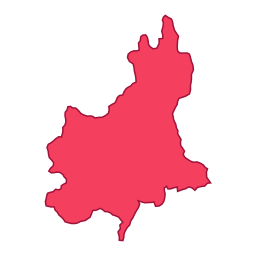 outline of Rio Pomba, Minas Gerais, Brazil
{"feature_id": "56859067B26609044330298", "entity_name": "Rio Pomba", "entity_type": "district", "adm_level": 2, "iso_a3": "BRA", "parent_name": "Brazil", "parent_adm1": "Minas Gerais", "projection": "robinson", "projection_center": [-43.171, -21.234], "detail": "fine", "context": "isolated", "style": "filled", "palette": "rose", "viewbox_px": 256, "rotation_deg": 0, "n_neighbors": 0, "source": "geoboundaries", "source_scale": "gbopen_adm2", "svg_char_len": 2900}
<svg xmlns="http://www.w3.org/2000/svg" viewBox="0 0 256 256"><path d="M162.4,20.1L163.4,22.6L163.0,26.6L161.7,31.1L162.8,35.1L162.7,38.5L159.0,38.8L159.2,43.3L156.8,48.2L153.1,48.8L150.4,46.9L148.7,44.9L148.1,40.9L147.4,37.5L145.7,34.9L142.8,35.1L140.8,36.7L140.2,40.8L138.5,43.0L138.8,46.0L139.2,50.1L136.5,50.9L133.6,50.9L130.6,52.1L128.2,54.1L127.5,57.6L129.5,61.5L133.1,63.8L134.0,67.5L134.4,71.2L135.2,74.2L135.9,78.4L136.1,82.1L132.7,83.6L130.6,86.1L127.8,87.4L125.9,89.0L124.1,91.6L122.8,95.0L119.4,95.5L117.2,97.7L116.2,100.7L114.6,103.2L112.3,104.2L108.8,106.5L109.2,110.0L108.4,113.2L105.8,115.4L102.1,117.3L98.4,117.4L94.8,118.0L92.8,116.4L90.5,116.0L87.0,116.1L83.9,115.0L81.0,113.6L78.4,110.5L75.8,108.1L72.5,107.9L70.5,106.4L67.9,106.7L67.0,110.0L65.2,112.3L65.0,115.7L65.6,118.8L65.9,121.8L65.0,125.0L62.8,127.4L62.9,130.7L62.4,133.7L61.4,137.0L58.8,136.7L55.8,138.7L53.5,140.9L51.2,142.7L48.3,144.3L47.0,147.4L48.2,151.2L48.5,154.1L49.3,157.6L51.8,160.3L53.7,162.7L53.2,165.8L50.4,168.4L48.8,171.2L51.5,172.9L54.9,172.5L57.5,172.1L60.2,172.5L62.9,174.6L64.4,177.2L66.4,179.1L66.3,182.9L63.6,184.2L61.4,185.7L60.9,188.9L58.7,189.8L55.6,189.3L53.2,191.7L50.0,192.4L47.5,193.3L46.7,196.0L46.1,199.0L45.4,201.7L46.1,205.8L50.8,206.9L54.1,206.9L55.2,210.2L57.4,212.3L59.0,215.1L61.2,216.9L63.3,219.0L65.1,221.8L68.1,222.7L71.5,223.5L75.1,223.5L77.7,222.9L80.6,221.4L85.3,220.5L87.8,218.7L89.9,217.4L91.1,214.9L92.7,210.5L95.9,210.3L98.2,209.3L100.4,208.4L102.8,209.8L104.8,211.5L107.7,211.8L110.5,212.9L112.7,214.9L115.6,215.8L118.8,217.2L120.8,219.9L122.8,222.2L119.8,225.1L120.4,228.7L118.0,231.9L119.3,236.5L119.3,240.3L122.9,240.6L123.8,237.4L123.9,234.6L124.9,231.6L127.1,227.7L129.6,225.0L130.9,220.7L132.8,217.9L134.3,214.7L136.2,211.1L138.4,207.6L139.7,203.9L138.2,200.8L141.3,201.8L144.4,202.7L148.0,202.6L151.4,202.4L153.9,202.0L155.6,206.3L159.3,205.9L162.0,204.1L163.9,201.2L164.8,197.3L165.1,193.9L164.5,191.2L164.2,188.2L166.6,186.3L167.9,188.9L170.4,188.9L173.8,187.8L177.2,187.0L177.6,191.4L181.5,189.9L185.6,188.7L188.7,186.9L192.0,187.8L194.9,190.3L197.6,187.3L201.0,186.6L204.8,186.0L207.4,183.2L210.6,182.9L208.5,179.9L206.7,177.3L206.4,172.1L207.5,168.8L205.1,167.4L203.5,165.1L200.6,163.3L197.0,161.9L194.2,162.2L191.7,161.8L188.2,159.7L184.7,157.3L183.2,154.3L184.5,151.1L182.5,148.1L180.9,146.0L180.4,142.8L181.0,139.4L179.3,136.6L177.7,134.0L177.9,130.7L176.5,128.2L175.8,124.4L173.7,119.9L173.2,116.9L172.5,113.7L174.0,110.4L175.7,106.9L177.2,104.4L177.6,101.4L178.9,98.4L181.9,97.4L185.3,96.3L189.5,93.9L190.6,89.3L190.4,85.9L190.9,83.2L191.4,80.0L191.5,74.2L193.4,70.0L192.9,65.2L191.5,61.6L190.4,57.3L189.5,54.2L187.2,53.0L183.8,53.1L180.0,53.1L177.7,51.1L177.2,47.8L177.3,44.5L177.6,40.2L178.5,36.3L176.6,33.5L174.5,30.2L173.1,25.4L172.5,21.6L171.4,19.0L168.4,17.5L165.3,15.4L163.4,17.2L162.4,20.1Z" fill="#f43f5e" stroke="#9f1239" stroke-width="1.5"/></svg>